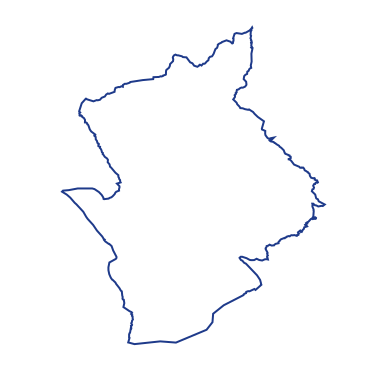 Atexcal, Puebla, Mexico (Robinson projection), rotated 338°
{"feature_id": "50627088B34758955275984", "entity_name": "Atexcal", "entity_type": "district", "adm_level": 2, "iso_a3": "MEX", "parent_name": "Mexico", "parent_adm1": "Puebla", "projection": "robinson", "projection_center": [-97.669, 18.376], "detail": "fine", "context": "isolated", "style": "outline", "palette": "blue", "viewbox_px": 384, "rotation_deg": 338, "n_neighbors": 0, "source": "geoboundaries", "source_scale": "gbopen_adm2", "svg_char_len": 5943}
<svg xmlns="http://www.w3.org/2000/svg" viewBox="0 0 384 384"><g transform="rotate(338 192 192)"><path d="M221.3,304.1L221.1,303.8L221.6,303.2L221.8,302.3L222.2,299.0L221.1,293.6L215.2,278.7L213.8,277.1L213.0,274.6L211.9,273.4L211.4,270.9L212.8,270.3L214.2,270.8L217.8,273.8L220.0,276.5L221.2,277.3L224.1,278.4L226.9,278.1L228.8,280.2L231.4,281.8L234.3,281.7L235.9,282.2L237.1,283.0L237.4,281.0L237.2,280.4L237.8,279.5L238.5,279.3L238.4,278.2L239.0,277.2L238.8,277.0L239.3,276.4L238.9,272.7L239.3,272.1L239.2,271.7L240.7,270.7L241.0,270.1L242.6,270.3L244.2,269.9L245.8,271.5L248.1,272.2L248.6,271.8L250.1,271.4L253.0,271.9L253.1,271.2L253.6,270.7L254.7,270.4L254.9,270.0L256.7,269.2L260.4,269.2L260.7,269.6L261.6,269.2L262.6,269.3L263.0,268.9L264.9,269.0L266.0,269.7L267.1,269.3L268.4,269.4L269.1,269.9L270.8,270.3L272.7,271.9L272.9,271.9L273.1,271.3L274.2,271.6L274.5,271.6L274.7,270.7L275.5,270.6L275.2,269.1L277.8,268.3L278.0,269.7L279.0,269.3L279.0,269.7L278.1,270.7L280.7,268.5L281.9,268.1L282.8,266.8L285.9,267.0L285.7,266.3L284.7,265.3L284.6,264.8L286.0,264.6L286.1,263.8L287.2,264.3L287.5,263.9L287.2,263.4L287.4,263.2L288.7,263.2L292.1,261.6L293.2,261.7L293.8,262.4L294.9,262.5L296.5,263.2L297.0,263.0L297.3,262.5L296.8,261.6L294.4,260.8L295.3,260.2L297.8,255.1L297.8,254.4L298.2,253.8L298.2,250.6L298.7,249.4L299.1,249.4L299.2,247.9L300.0,248.2L301.1,250.4L302.3,251.1L303.6,252.7L307.0,253.4L308.0,254.0L310.4,253.3L306.0,248.1L306.0,245.9L305.0,244.8L304.8,244.1L305.3,240.5L303.4,236.2L304.6,234.7L305.8,234.7L306.8,233.6L306.7,231.6L308.1,230.4L309.2,230.7L310.0,229.8L311.2,229.9L311.8,230.4L312.4,230.2L312.3,228.1L311.6,227.8L310.4,226.5L310.9,225.6L310.8,225.0L309.2,224.5L307.8,223.4L307.4,221.2L307.8,219.0L306.9,217.7L306.8,216.7L306.1,216.2L305.7,215.4L304.6,214.1L304.7,212.5L304.3,211.1L303.4,210.9L303.1,210.4L302.2,210.5L301.2,209.8L301.0,208.9L296.9,204.8L295.6,200.0L294.8,198.6L293.2,197.5L295.1,197.8L296.3,197.5L296.7,196.2L296.1,195.6L296.1,194.6L295.2,194.2L295.1,193.6L292.9,191.6L293.0,191.2L292.6,190.6L292.7,187.7L291.3,184.4L290.2,182.8L290.1,181.8L288.2,179.3L287.5,177.9L286.9,177.5L286.4,176.2L283.9,174.5L283.4,173.6L285.1,173.5L288.3,172.2L284.4,171.5L283.8,171.7L283.1,171.4L282.2,170.0L281.4,166.9L281.7,165.3L282.8,162.8L280.3,160.2L280.5,159.4L285.2,153.4L281.1,147.0L279.3,143.0L278.6,140.7L275.8,136.8L275.0,136.9L272.1,135.0L270.4,133.4L268.2,132.3L268.3,131.8L267.8,130.1L266.8,127.6L266.8,125.9L264.9,121.6L267.3,120.1L267.9,119.1L267.8,118.2L269.6,117.4L269.6,116.6L270.8,116.2L270.9,115.5L271.9,114.1L273.6,114.3L275.6,113.7L277.0,113.7L278.2,114.3L280.6,114.2L282.3,113.3L282.8,112.6L283.5,110.0L282.2,106.7L283.8,104.1L285.5,103.3L287.3,103.2L288.4,101.1L289.8,100.9L291.1,99.6L291.9,99.2L293.4,99.1L293.9,96.7L296.1,93.5L298.9,86.0L302.0,81.3L301.2,80.8L301.0,80.1L301.9,79.8L301.8,78.4L303.2,76.2L302.6,76.1L302.7,75.5L303.3,75.3L303.8,74.2L303.5,73.4L303.9,72.8L303.8,71.4L305.3,69.3L305.1,68.4L306.7,65.1L307.7,64.4L308.1,63.1L309.4,62.5L309.4,61.9L308.3,62.7L305.9,63.8L301.4,64.4L300.7,64.1L297.5,64.1L292.8,61.3L290.7,61.3L287.7,64.9L288.0,65.2L287.1,67.4L286.6,67.7L285.8,69.2L285.2,69.4L284.8,69.2L284.0,67.1L280.8,64.3L275.8,64.2L275.4,64.5L272.3,64.7L271.1,65.1L270.8,65.9L269.3,67.7L267.2,68.3L263.9,71.9L261.9,73.4L261.3,73.7L259.4,73.4L257.7,74.2L256.5,76.0L254.6,76.5L252.3,77.7L251.3,77.7L250.4,77.2L248.2,78.3L247.0,76.9L246.6,76.9L245.8,77.5L243.9,77.9L241.3,75.7L240.6,72.8L238.9,71.1L237.3,65.1L234.1,63.5L233.5,62.4L230.4,60.1L229.4,59.7L228.1,58.4L226.4,58.6L225.1,59.5L224.5,60.3L224.4,61.8L223.4,63.6L219.6,65.2L218.7,66.8L217.2,68.2L214.0,69.2L213.3,70.0L211.8,73.3L211.0,73.4L208.8,73.2L208.4,73.6L206.8,73.4L206.3,73.0L204.3,72.9L199.3,71.1L198.3,72.8L188.3,69.8L176.0,66.9L175.7,67.2L174.4,67.3L171.7,67.1L170.2,66.5L168.1,66.9L167.3,68.5L166.2,67.5L164.3,67.7L163.1,67.1L160.1,66.8L158.8,68.2L157.7,70.1L151.8,69.9L150.9,69.1L148.9,69.5L147.0,70.8L143.6,70.8L141.2,72.0L139.0,71.7L138.1,71.1L134.6,71.0L129.2,66.6L129.0,66.0L128.6,65.7L128.1,65.9L123.0,68.4L117.6,74.9L118.1,76.4L117.0,76.7L116.9,77.8L116.4,78.9L116.7,79.3L117.8,79.3L118.0,79.5L118.0,80.5L118.5,80.6L118.6,81.7L119.5,83.0L119.8,85.1L118.8,87.4L120.0,88.0L120.4,88.6L120.3,90.0L120.7,90.3L120.9,91.4L120.7,95.7L121.2,98.1L123.9,102.6L123.7,102.9L122.6,103.0L122.5,103.3L123.3,104.9L122.5,107.1L123.0,109.1L122.7,111.0L123.6,112.4L123.6,112.7L122.8,113.2L122.4,114.5L123.7,115.6L123.1,116.6L123.5,117.5L123.7,119.3L123.4,121.4L124.0,122.5L123.4,123.4L123.8,124.2L124.3,126.7L125.8,129.1L126.1,130.7L125.0,132.8L125.9,135.5L125.5,137.9L126.1,138.9L128.2,145.4L130.0,148.8L129.4,150.4L129.6,151.3L129.4,152.9L129.8,153.9L129.3,155.6L129.4,156.4L125.6,156.1L126.9,159.4L126.6,160.4L125.2,162.3L124.9,163.4L121.9,163.4L120.7,163.9L119.5,165.0L116.9,166.2L115.3,166.7L113.2,166.6L112.3,166.9L107.8,165.7L107.4,165.3L107.7,164.0L107.2,161.0L105.7,157.2L102.7,152.8L100.9,151.4L87.3,145.9L78.4,144.1L72.9,142.4L71.6,143.0L74.9,147.5L77.0,151.6L79.2,158.1L80.2,160.1L83.8,169.6L84.6,175.4L85.2,177.9L88.0,185.5L89.4,192.1L92.1,199.6L92.6,202.6L93.1,203.3L92.5,203.5L93.1,205.4L95.4,209.0L95.8,209.1L97.2,212.0L97.0,216.7L97.7,223.8L97.3,224.8L96.3,225.5L89.0,226.4L86.3,230.5L85.2,233.3L84.5,237.2L84.6,241.0L85.1,243.3L85.5,243.7L87.1,247.3L87.2,248.7L88.7,253.9L89.1,256.9L89.7,257.8L88.5,262.0L88.4,263.4L87.7,264.6L87.6,265.6L88.4,266.3L87.6,269.7L85.3,273.0L89.5,279.2L91.0,280.8L91.2,281.6L89.9,282.3L90.5,283.6L90.1,283.9L89.9,284.4L90.3,285.1L89.6,287.0L89.5,288.0L88.2,288.9L87.3,290.4L86.5,290.9L86.7,292.7L86.2,293.2L85.3,293.2L84.6,295.8L84.4,296.0L84.1,295.6L81.8,299.3L81.3,299.4L80.4,300.4L79.1,303.5L79.4,303.9L76.5,307.6L81.7,311.5L106.6,318.6L120.7,325.6L153.9,325.2L162.2,320.4L166.0,312.8L179.0,308.9L201.1,306.9L201.3,306.5L202.4,306.0L204.2,306.0L204.9,304.9L207.0,305.0L208.1,305.6L213.5,305.3L214.2,306.6L221.3,304.1Z" fill="none" stroke="#1e3a8a" stroke-width="2"/></g></svg>